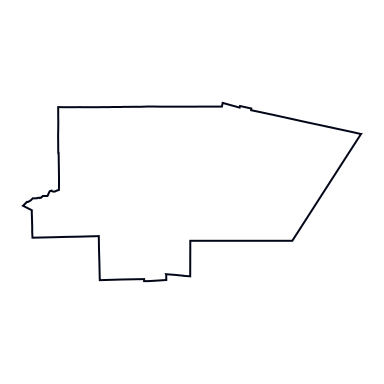 the district of Presidente Roque Sáenz Peña, Córdoba, Argentina
{"feature_id": "61730980B59546711189461", "entity_name": "Presidente Roque Sáenz Peña", "entity_type": "district", "adm_level": 2, "iso_a3": "ARG", "parent_name": "Argentina", "parent_adm1": "Córdoba", "projection": "robinson", "projection_center": [-63.913, -34.182], "detail": "fine", "context": "isolated", "style": "outline", "palette": "ink", "viewbox_px": 384, "rotation_deg": 0, "n_neighbors": 0, "source": "geoboundaries", "source_scale": "gbopen_adm2", "svg_char_len": 3422}
<svg xmlns="http://www.w3.org/2000/svg" viewBox="0 0 384 384"><path d="M58.2,107.1L58.2,110.4L58.2,113.4L58.2,115.5L58.3,122.2L58.2,130.9L58.1,135.7L58.2,144.5L58.2,148.6L58.3,153.0L58.6,153.0L58.7,156.7L58.7,156.9L58.9,169.5L59.0,178.6L59.0,182.1L59.0,185.5L58.9,190.0L58.6,190.1L58.4,190.1L58.1,190.2L57.8,190.3L57.6,190.4L57.3,190.4L57.0,190.6L56.8,190.6L56.5,190.7L56.2,190.9L55.8,191.1L55.6,191.1L55.4,191.2L55.2,191.4L55.0,191.5L54.8,191.5L54.5,191.6L54.3,191.6L54.1,191.6L53.9,191.6L53.7,191.6L53.4,191.6L53.1,191.5L52.9,191.5L52.7,191.4L52.4,191.3L52.1,191.2L51.9,191.1L51.6,191.0L51.5,190.9L51.3,190.8L51.3,190.7L50.9,190.8L50.6,190.9L50.4,191.0L50.1,191.1L49.9,191.1L49.7,191.3L49.5,191.6L49.4,191.9L49.3,192.1L49.2,192.3L49.1,192.5L49.0,192.8L48.8,193.0L48.7,193.3L48.6,193.5L48.4,193.9L48.3,194.2L48.2,194.4L48.1,194.6L48.1,194.9L48.0,195.1L47.9,195.3L47.6,195.7L47.4,196.0L47.2,196.0L46.7,196.0L46.3,196.0L46.1,196.0L45.8,196.0L45.6,196.0L45.4,196.0L45.2,196.0L44.9,196.0L44.7,196.0L44.2,196.0L43.8,196.0L43.5,196.0L43.3,196.0L43.1,196.0L42.8,196.0L42.7,196.1L42.5,196.3L42.3,196.5L42.2,196.6L42.0,196.8L41.8,196.9L41.7,197.1L41.5,197.3L41.3,197.4L41.2,197.6L41.0,197.8L40.8,197.9L40.6,197.8L40.5,197.7L40.2,197.7L39.9,197.7L39.6,197.8L39.3,198.0L39.1,197.9L38.9,197.8L38.4,197.8L38.2,197.8L37.7,197.9L37.5,198.0L37.3,198.1L37.2,198.2L36.8,198.2L36.5,198.2L36.2,198.2L36.0,198.3L35.7,198.3L35.3,198.3L35.1,198.3L34.8,198.3L34.6,198.3L34.4,198.3L34.2,198.3L33.7,198.3L33.3,198.3L33.1,198.3L32.8,198.3L32.7,198.5L32.4,198.8L32.2,198.9L32.0,199.1L31.9,199.2L31.7,199.4L31.6,199.5L31.4,199.7L31.2,199.9L31.1,200.0L30.9,200.2L30.7,200.4L30.5,200.6L30.2,200.7L30.0,200.8L29.8,200.9L29.5,201.1L29.3,201.2L29.1,201.3L28.9,201.4L28.7,201.6L28.4,201.8L28.2,201.9L28.0,202.0L27.8,202.0L27.6,202.0L27.2,201.8L26.9,201.9L26.8,202.1L26.6,202.2L26.4,202.4L26.3,202.5L26.1,202.7L26.0,202.9L25.8,203.0L25.7,203.2L25.5,203.3L25.3,203.5L25.2,203.7L25.0,203.8L24.8,204.0L24.7,204.2L24.5,204.3L24.4,204.4L24.3,204.6L24.1,204.7L23.9,204.9L23.7,205.1L23.6,205.3L23.4,205.4L23.2,205.6L23.0,205.8L24.9,206.7L26.0,207.3L28.8,208.7L31.8,210.2L31.8,210.9L31.8,213.4L31.9,215.7L32.2,226.6L32.2,230.2L32.2,232.1L32.5,237.7L46.3,237.4L54.5,237.2L58.7,237.1L61.5,237.0L65.1,236.9L71.3,236.8L76.6,236.7L81.9,236.6L84.8,236.5L91.5,236.3L92.7,236.3L98.8,236.1L99.0,249.4L99.4,262.6L99.6,272.2L99.7,276.6L99.8,280.1L102.0,280.1L121.9,279.5L127.5,279.4L138.2,279.2L144.1,279.1L144.1,281.1L148.6,281.1L155.5,280.7L166.3,280.0L166.2,275.1L166.2,274.4L166.1,274.2L176.4,275.0L180.0,275.4L183.4,275.7L183.6,275.9L184.2,275.9L188.4,276.2L189.9,276.3L190.2,276.3L190.2,275.6L190.3,241.1L190.3,240.8L292.2,240.8L292.3,240.8L347.7,154.6L353.6,145.5L359.4,136.5L361.0,134.0L360.8,134.0L351.6,131.9L335.8,128.5L307.8,122.5L306.9,122.3L306.5,122.2L301.4,121.1L299.2,120.6L276.0,115.5L273.5,114.9L268.1,113.8L264.0,112.9L251.1,110.2L251.2,109.3L251.2,109.2L251.3,108.5L248.5,107.9L240.0,106.0L239.6,107.6L229.1,104.7L222.7,102.9L221.9,106.6L208.9,106.6L172.7,106.7L168.8,106.7L162.9,106.7L150.9,106.5L148.3,106.5L140.5,106.8L138.4,106.8L136.8,106.8L135.3,106.8L132.5,106.8L126.8,106.9L123.0,106.9L121.1,107.0L118.5,107.0L115.5,107.0L112.5,107.0L109.7,107.1L106.9,107.1L104.0,107.1L103.5,107.1L98.2,107.2L93.7,107.2L92.5,107.2L87.4,107.2L81.1,107.2L80.7,107.1L75.4,107.2L69.7,107.2L64.4,107.2L58.2,107.1Z" fill="none" stroke="#020617" stroke-width="2"/></svg>